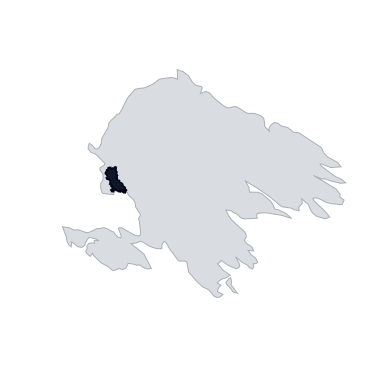 location of Ballybay-Clones Lea-5, Monaghan, Ireland, rotated 226°
{"feature_id": "5873133B63636578816304", "entity_name": "Ballybay-Clones Lea-5", "entity_type": "district", "adm_level": 2, "iso_a3": "IRL", "parent_name": "Ireland", "parent_adm1": "Monaghan", "projection": "equal_earth", "projection_center": [-7.062, 54.133], "detail": "fine", "context": "in_parent", "style": "filled", "palette": "ink", "viewbox_px": 384, "rotation_deg": 226, "n_neighbors": 0, "source": "geoboundaries", "source_scale": "gbopen_adm2", "svg_char_len": 8633}
<svg xmlns="http://www.w3.org/2000/svg" viewBox="0 0 384 384"><g transform="rotate(226 192 192)"><path d="M244.0,83.8L235.9,87.9L234.7,89.4L232.4,95.6L232.1,97.4L227.1,104.2L224.2,105.6L219.9,106.8L217.5,107.9L214.5,107.3L210.6,107.4L208.7,108.6L208.8,109.6L209.9,110.7L217.0,113.8L216.6,115.2L214.6,116.7L201.8,120.4L198.0,122.6L196.7,124.1L198.0,126.6L208.1,134.1L209.9,134.9L211.4,139.3L220.4,141.1L224.1,143.8L227.2,144.5L234.1,144.2L236.9,145.3L238.5,144.5L239.4,143.0L247.1,137.7L244.7,133.8L252.6,127.0L254.7,127.1L258.4,129.2L261.4,132.0L262.3,135.9L265.2,139.3L267.0,140.5L272.0,141.2L273.2,142.6L272.3,147.6L273.0,149.2L285.7,149.1L290.8,146.9L295.2,147.3L297.3,149.6L298.3,151.9L294.5,152.8L290.6,152.3L288.7,153.8L288.6,156.7L289.9,160.5L292.6,163.2L294.7,169.3L296.5,176.0L299.3,180.1L299.9,185.1L299.5,187.6L300.0,192.1L298.8,193.6L299.8,197.8L304.5,211.4L305.5,222.1L303.2,226.0L300.2,229.8L298.2,234.3L296.7,239.2L295.8,247.0L289.2,256.2L286.3,258.5L283.1,260.0L290.3,266.4L284.4,269.3L278.0,270.2L270.9,268.6L266.5,268.8L260.9,272.1L259.6,271.5L256.9,266.2L255.0,271.7L250.9,273.4L243.9,273.1L232.2,274.5L227.7,276.1L225.8,278.5L224.4,281.4L222.6,283.0L220.5,283.9L211.4,286.0L209.6,286.9L205.4,291.4L199.9,294.1L195.4,294.9L191.3,292.2L189.7,290.6L187.8,289.8L181.6,289.9L183.6,290.7L184.8,292.6L185.4,296.2L184.6,299.8L181.6,301.6L177.9,301.9L172.1,305.6L164.4,306.6L160.3,310.0L134.9,315.7L133.5,315.8L130.0,314.3L126.2,313.7L122.4,314.1L111.8,317.3L106.6,316.7L113.3,308.7L122.2,304.7L123.1,303.6L120.3,303.1L103.5,305.9L97.7,308.2L91.9,308.9L94.6,305.3L102.2,300.3L108.7,297.1L111.5,294.2L119.5,290.9L94.0,297.7L87.3,296.8L85.8,294.9L80.6,295.8L78.7,291.2L86.6,284.3L91.1,281.3L96.5,279.7L101.6,277.4L103.6,274.5L101.2,273.6L85.9,274.3L78.5,273.7L79.0,271.5L80.4,269.0L88.1,264.8L92.2,264.1L95.8,264.5L102.3,267.0L110.9,266.2L107.3,263.5L106.8,258.0L104.1,256.1L107.7,253.6L111.7,252.0L118.5,246.8L120.9,246.0L134.2,244.7L148.5,241.9L162.7,238.1L155.4,236.0L152.0,233.2L146.4,238.9L142.3,241.0L130.9,242.2L127.3,241.6L122.3,239.8L120.7,240.5L119.2,241.8L111.7,244.6L103.8,245.3L113.0,240.2L124.8,231.5L127.5,228.8L131.3,224.1L130.1,221.9L127.8,220.7L136.3,211.0L139.3,209.2L144.7,209.0L148.7,207.4L150.4,207.4L152.0,206.8L155.5,203.9L150.2,202.1L144.7,201.1L127.6,202.1L125.4,201.9L123.3,201.0L121.9,199.7L121.0,196.4L119.7,195.7L115.9,195.7L112.1,196.7L109.4,196.6L106.9,195.2L111.1,191.8L105.8,191.0L100.3,191.7L95.9,190.6L95.8,188.5L97.8,186.4L95.2,184.4L94.7,181.9L97.6,180.7L100.7,181.1L107.1,179.2L115.2,178.3L108.3,176.5L105.5,174.9L105.4,172.5L106.0,170.4L114.1,167.0L122.7,165.4L122.1,163.1L122.8,160.7L114.1,160.0L105.6,161.7L106.6,157.0L108.7,152.7L109.2,149.9L108.8,146.9L104.8,148.2L104.4,144.0L102.8,141.1L96.8,143.1L97.0,139.2L98.8,136.6L101.9,135.4L105.0,135.9L110.7,135.9L116.2,133.8L124.1,133.3L136.7,134.0L145.3,139.6L147.6,138.6L151.1,135.0L152.7,134.6L165.8,136.2L173.9,138.3L176.1,137.6L174.9,133.6L172.2,130.9L175.7,127.3L180.0,124.9L182.9,123.6L189.4,122.1L192.3,120.7L194.3,116.1L197.3,112.3L180.8,114.3L165.2,109.7L167.7,106.5L171.1,104.7L176.8,103.3L177.3,101.6L180.2,100.2L185.0,96.6L183.3,91.8L184.3,88.3L187.8,86.1L188.9,82.8L190.4,80.4L197.4,79.6L204.1,77.4L214.3,77.1L217.0,78.0L216.4,74.0L221.3,73.5L223.2,74.3L224.0,77.1L226.2,78.9L226.8,81.9L225.3,84.3L222.9,86.2L225.1,88.0L221.6,91.4L225.4,90.0L230.8,86.7L230.5,83.9L229.6,80.5L228.1,77.5L228.8,74.1L231.8,71.9L239.8,70.9L236.5,67.0L239.4,66.7L242.6,67.5L247.2,70.5L257.0,74.7L252.2,78.4L246.3,81.0L244.0,83.8ZM103.9,158.5L103.6,160.4L99.9,158.1L98.1,155.6L87.7,154.4L92.1,151.9L94.2,152.7L101.5,152.8L103.6,153.8L103.9,158.5Z" fill="#d9dde1" stroke="#a8b0b8" stroke-width="1"/><path d="M265.9,143.1L265.7,143.0L265.7,142.8L265.7,142.7L265.5,142.4L265.3,142.4L265.2,142.4L265.2,142.5L264.9,142.6L264.6,142.7L264.3,142.5L264.1,142.6L263.7,142.4L263.6,142.6L263.4,142.6L263.2,142.5L262.9,142.2L262.6,142.2L262.4,142.0L262.2,142.0L261.8,141.8L261.3,141.7L261.4,141.4L261.4,141.2L261.5,140.9L261.4,140.8L261.5,140.7L261.4,140.5L261.5,140.3L261.1,140.4L260.9,140.2L261.1,140.0L261.0,139.9L260.6,139.9L260.2,139.7L259.9,139.9L259.7,140.3L259.3,140.3L259.1,140.5L259.2,140.8L259.5,140.9L259.6,141.1L259.5,141.3L259.6,141.5L259.5,141.4L259.1,141.6L258.8,141.4L258.7,141.4L258.1,141.3L258.1,141.5L257.4,141.5L257.3,141.3L257.5,141.2L257.4,140.8L257.0,141.0L256.8,140.9L256.8,140.7L256.7,140.5L256.2,140.2L256.0,139.8L255.6,139.9L255.6,139.6L255.4,139.6L255.5,139.5L255.2,139.3L255.1,139.1L255.1,138.9L254.6,138.8L254.6,138.6L254.8,138.6L254.8,138.3L254.4,138.4L254.1,138.3L253.8,138.3L254.0,138.5L253.1,138.7L252.9,138.6L252.7,138.7L252.7,138.3L252.4,138.3L252.4,138.0L252.5,137.9L252.2,137.6L251.7,137.6L251.5,137.8L251.8,138.0L251.6,138.2L251.0,138.0L250.6,138.2L250.4,138.0L249.8,138.1L249.7,137.8L249.7,137.7L249.2,137.5L249.6,137.1L249.8,136.7L249.6,136.5L249.4,136.6L249.2,136.5L249.1,136.2L249.3,136.0L249.7,136.1L249.9,136.0L249.8,135.8L249.8,135.6L249.4,135.6L249.1,135.3L249.4,135.1L249.6,134.9L249.1,134.8L248.7,134.7L248.1,134.5L247.8,134.7L248.0,135.0L247.9,135.0L248.0,135.3L247.6,135.4L247.2,135.3L246.9,135.6L247.1,135.7L247.0,135.8L247.3,136.0L247.2,136.0L247.3,136.4L247.4,136.5L247.8,136.6L247.9,136.9L247.8,137.0L247.4,137.1L247.0,137.3L247.6,137.7L247.6,137.9L247.4,138.1L247.6,138.3L247.6,138.6L247.4,138.7L247.3,138.9L247.1,138.9L246.4,139.1L246.1,139.1L245.9,138.9L245.6,139.0L245.7,138.7L245.4,138.7L245.1,139.0L244.9,139.2L244.4,139.4L244.1,139.4L243.8,139.2L243.2,139.5L243.3,139.8L243.2,139.9L242.9,139.8L242.4,140.0L242.3,140.3L242.7,140.2L242.8,140.3L243.2,140.4L243.0,140.5L242.6,140.7L242.3,140.6L241.8,140.7L242.0,140.9L241.9,141.1L241.8,141.3L242.0,141.4L241.9,141.7L242.0,141.8L242.2,141.7L242.2,142.0L242.6,142.0L242.8,142.1L242.6,142.2L242.1,142.4L241.9,142.5L241.9,142.8L242.2,142.9L242.2,143.1L241.9,143.2L241.8,143.3L241.9,143.5L242.0,143.5L241.7,143.6L241.6,143.8L241.7,144.0L241.3,144.4L240.9,144.7L240.8,144.9L240.9,145.1L240.6,145.2L240.2,145.4L239.8,145.3L239.6,145.2L239.6,144.9L239.3,144.6L239.8,144.5L240.0,144.6L240.5,144.3L240.6,144.1L239.7,143.8L239.8,143.5L240.3,143.5L240.6,143.2L240.5,142.9L240.8,142.3L240.2,142.0L239.7,142.4L239.2,142.3L239.2,142.5L238.8,142.8L238.7,142.8L238.8,143.0L238.6,143.1L238.4,143.3L237.7,143.6L237.8,143.8L238.0,143.8L238.2,144.0L238.3,144.4L238.6,144.2L238.8,144.2L238.8,144.4L239.1,144.6L238.9,144.9L239.5,145.1L239.4,145.4L239.3,145.5L239.0,145.6L238.7,145.7L238.7,145.8L238.7,146.1L239.0,146.3L239.4,146.0L239.7,146.2L240.1,146.1L240.4,146.2L240.7,146.4L241.1,146.6L241.2,146.8L241.6,147.0L241.9,146.8L242.3,146.9L242.5,147.1L242.9,146.9L242.7,146.7L242.4,146.6L242.5,146.5L243.2,146.8L243.7,146.5L243.9,146.6L244.4,146.8L244.7,147.1L245.1,146.8L245.2,147.0L245.3,147.1L245.7,147.2L245.8,147.5L246.0,147.4L246.6,147.3L246.8,147.4L246.7,147.6L246.9,147.6L247.4,147.7L248.2,147.3L248.3,147.1L248.6,147.0L249.1,146.9L249.9,147.0L250.1,147.3L250.3,147.3L250.3,147.7L250.7,147.8L251.0,147.5L251.1,147.3L251.4,147.3L251.6,147.1L252.4,147.0L252.5,146.9L252.5,146.6L252.8,146.5L253.1,146.7L253.3,146.8L253.5,146.8L253.8,146.8L253.9,146.7L254.2,146.7L254.3,146.8L254.3,147.0L253.9,147.2L253.8,147.3L253.6,147.4L253.6,147.6L253.8,147.9L253.9,148.0L254.5,148.0L254.6,148.3L255.0,148.9L255.8,149.0L256.0,149.5L256.3,149.8L256.2,149.9L256.4,149.9L256.4,150.0L256.8,150.1L256.7,150.2L256.8,150.4L257.1,150.4L257.4,150.2L257.5,150.3L257.5,150.5L257.8,150.7L258.0,150.7L258.2,150.9L258.3,151.1L258.2,151.2L258.3,151.3L258.5,151.4L258.4,151.8L258.9,152.1L259.2,152.1L259.5,152.0L259.9,152.2L260.2,152.4L260.4,152.2L260.8,152.2L260.9,152.4L260.7,152.5L260.7,152.8L261.5,153.1L261.2,153.3L261.3,153.5L262.0,153.7L262.1,153.8L261.9,154.0L262.2,154.3L262.3,154.5L262.4,154.4L262.7,154.6L262.9,154.5L262.8,154.4L262.9,154.2L263.2,154.3L263.5,154.2L263.6,153.9L263.2,153.9L263.3,153.7L263.5,153.3L263.4,153.0L263.2,152.9L263.1,152.6L263.1,152.3L263.1,152.0L263.5,152.0L263.9,152.0L264.1,151.9L264.0,151.7L264.1,151.4L263.8,151.0L263.5,150.9L263.9,150.4L264.5,150.7L264.5,150.4L264.7,150.2L265.2,150.2L265.6,150.3L265.9,150.5L265.9,150.3L266.0,150.1L266.4,150.2L266.6,150.1L266.9,149.9L266.7,149.7L266.9,149.5L266.7,149.4L267.1,149.3L267.2,149.0L267.5,148.8L267.0,148.4L267.4,148.0L266.6,147.4L266.7,147.1L266.4,146.9L266.7,146.8L266.9,146.9L266.9,146.6L266.9,146.3L266.6,145.9L267.2,146.2L267.3,146.0L267.2,145.8L266.9,145.6L266.3,145.5L266.2,145.5L265.8,145.3L265.8,145.1L266.2,145.0L266.1,144.9L266.2,144.7L265.9,144.6L266.0,144.5L266.2,144.1L265.9,144.0L265.8,143.8L265.9,143.6L265.7,143.4L265.9,143.1Z" fill="#0f172a" stroke="#020617" stroke-width="1.5"/></g></svg>